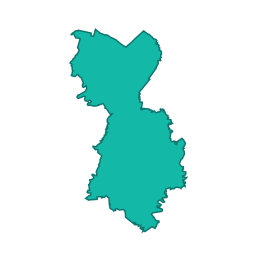 Chinampa de Gorostiza, Veracruz, Mexico, rotated 80°
{"feature_id": "50627088B51202553457733", "entity_name": "Chinampa de Gorostiza", "entity_type": "district", "adm_level": 2, "iso_a3": "MEX", "parent_name": "Mexico", "parent_adm1": "Veracruz", "projection": "robinson", "projection_center": [-97.667, 21.376], "detail": "fine", "context": "isolated", "style": "filled", "palette": "teal", "viewbox_px": 256, "rotation_deg": 80, "n_neighbors": 0, "source": "geoboundaries", "source_scale": "gbopen_adm2", "svg_char_len": 5859}
<svg xmlns="http://www.w3.org/2000/svg" viewBox="0 0 256 256"><g transform="rotate(80 128 128)"><path d="M207.0,154.5L206.0,154.2L206.3,155.1L205.5,153.8L205.5,152.9L207.3,150.5L207.4,147.5L207.8,146.3L208.5,145.8L209.6,145.5L212.6,145.4L214.8,145.9L215.7,145.6L222.6,139.5L222.0,139.2L222.4,138.8L222.7,138.5L223.4,138.8L224.2,138.0L222.6,137.4L222.7,137.1L224.5,137.6L225.0,134.6L226.5,134.9L226.1,132.2L229.0,133.4L230.3,131.9L228.7,131.3L228.8,129.7L232.4,131.4L231.9,130.6L232.9,129.3L229.3,121.4L231.5,118.9L229.5,117.1L227.2,115.9L226.7,115.4L226.4,114.1L225.9,113.7L224.9,113.8L224.5,115.4L223.5,117.0L220.9,117.7L217.2,119.9L216.3,119.2L215.8,117.5L216.0,109.6L215.6,108.7L214.6,108.3L213.9,108.4L212.5,110.7L211.7,110.7L211.5,111.1L211.8,112.5L210.9,113.2L209.8,113.0L209.8,112.4L210.6,111.2L210.4,109.5L209.3,108.7L207.0,111.3L205.7,111.5L205.1,111.0L204.6,108.9L207.1,106.6L207.4,106.0L207.1,104.8L206.0,105.5L204.9,105.5L204.0,106.3L203.8,107.1L203.2,106.9L202.7,105.6L203.0,104.5L203.0,102.8L203.3,102.2L203.0,101.7L202.5,101.9L201.9,101.1L201.4,101.4L201.3,102.4L200.8,102.4L200.8,101.9L200.4,101.8L198.7,101.9L199.0,103.0L198.7,103.5L196.8,102.7L197.0,101.3L195.2,101.5L194.6,100.9L193.9,96.9L195.9,97.0L195.3,94.4L195.8,94.0L195.8,93.3L194.8,91.5L194.9,89.7L196.0,86.8L196.8,86.3L195.8,85.6L194.6,82.9L195.5,81.9L194.6,81.8L192.7,82.8L192.2,82.6L192.7,81.9L192.5,81.2L191.3,81.0L190.7,83.0L189.1,83.2L188.8,83.0L189.6,82.2L188.4,81.6L187.9,80.5L188.1,80.1L186.9,78.9L186.9,79.8L186.1,80.8L185.9,82.6L185.1,82.7L184.7,82.6L184.2,79.7L183.7,79.2L183.1,79.3L181.6,78.6L181.2,79.0L180.8,80.5L179.4,82.1L178.9,81.9L178.5,81.0L177.8,81.2L177.1,80.9L177.2,80.4L175.8,80.3L175.0,82.2L172.9,83.3L171.5,83.3L168.0,81.1L167.7,79.9L163.5,77.0L160.9,76.7L158.1,77.7L157.8,76.3L156.4,76.8L155.5,75.6L153.0,74.1L149.1,75.5L147.6,76.7L148.3,78.5L148.8,78.9L149.1,80.3L150.2,82.0L152.7,83.0L152.0,84.2L150.9,84.6L150.3,83.4L149.7,83.2L148.8,85.2L149.2,87.0L148.5,87.7L147.6,88.1L145.9,87.7L145.2,88.8L143.2,87.6L142.0,87.5L141.3,86.9L140.5,87.4L139.4,87.3L139.9,86.1L139.4,85.8L139.5,84.9L139.2,84.7L138.7,84.7L137.7,85.7L137.3,87.1L136.7,87.4L136.6,88.1L136.3,88.2L135.8,87.1L135.3,87.3L135.2,87.9L133.6,88.2L132.7,87.6L132.0,88.1L131.4,87.1L130.5,87.0L130.5,86.6L131.1,86.1L131.6,86.0L131.7,85.6L131.6,84.6L130.6,84.8L130.9,83.6L129.6,84.3L127.3,84.4L126.0,87.5L124.6,86.3L124.4,86.9L123.8,87.0L122.9,86.5L121.3,88.4L118.6,88.9L118.3,90.2L117.8,90.5L117.9,89.7L116.9,89.3L115.5,90.3L115.4,92.0L114.9,92.6L115.2,93.1L116.4,92.4L116.9,93.4L117.6,93.8L117.4,95.8L117.8,96.1L118.0,97.0L117.2,98.3L115.8,99.0L115.9,100.0L116.4,100.4L116.3,102.1L115.4,101.2L114.8,101.3L113.9,103.3L114.0,103.7L113.3,103.7L112.8,104.4L112.0,107.4L112.0,109.2L111.6,108.9L111.4,109.9L112.1,110.1L111.8,110.6L112.4,110.8L112.3,111.3L111.5,111.0L111.2,111.5L111.5,112.0L110.9,112.1L110.9,111.7L110.0,111.0L105.1,109.4L104.4,112.0L101.7,111.1L101.4,112.1L100.0,111.2L99.3,112.1L98.9,111.8L98.9,111.1L96.9,111.5L96.7,110.3L96.3,110.1L94.8,110.9L83.8,98.1L83.1,99.2L73.9,89.8L73.1,89.8L70.3,87.4L69.5,86.9L67.1,87.1L66.8,86.0L67.3,84.4L67.1,84.0L64.8,84.4L64.3,83.1L63.3,83.4L61.9,83.1L61.3,82.3L58.8,81.9L57.5,82.4L56.9,83.7L56.5,83.8L56.1,83.3L54.5,82.9L54.1,83.5L53.2,83.6L53.1,83.9L52.6,83.8L52.0,83.1L51.6,83.3L50.5,85.0L50.5,84.4L49.3,84.1L49.6,84.9L49.1,85.7L48.7,85.2L47.4,85.0L46.9,84.5L45.6,85.2L44.4,87.7L42.7,88.3L42.3,89.0L39.5,90.9L39.4,91.5L37.1,94.0L35.1,95.7L41.4,105.6L44.0,109.3L48.0,116.2L44.5,120.0L38.8,124.9L35.8,129.2L32.8,132.4L32.3,134.1L32.5,134.6L29.6,139.1L25.2,142.9L30.1,145.2L31.5,146.0L31.6,146.5L30.9,148.3L28.1,147.9L23.1,160.0L23.5,160.4L23.3,162.5L23.6,163.7L24.2,164.2L25.1,166.5L26.1,167.6L26.3,166.8L25.5,166.0L25.4,165.3L30.2,163.8L30.8,161.5L31.7,159.6L40.2,163.7L41.6,162.9L43.5,162.8L44.1,163.2L47.3,166.1L47.2,166.9L49.3,168.1L50.0,169.0L50.1,169.8L51.6,170.9L53.4,173.5L54.2,173.7L55.4,172.1L56.8,173.1L58.0,172.4L60.9,172.8L62.0,172.0L62.6,172.9L64.6,173.5L66.5,174.7L67.9,172.1L67.9,170.9L66.5,168.8L67.0,167.9L68.5,167.2L70.7,165.2L75.1,164.3L75.8,164.2L77.7,165.4L79.5,165.6L80.3,164.8L79.6,163.0L79.0,162.2L79.7,161.7L82.0,161.9L84.0,163.2L84.7,164.4L86.8,170.0L86.8,171.3L88.4,172.8L88.9,172.8L90.0,172.1L90.1,171.6L89.8,168.9L89.2,166.9L89.2,165.2L89.6,164.8L90.6,164.9L92.4,165.8L93.8,165.3L94.7,162.7L94.2,161.0L94.8,159.8L95.5,159.5L96.5,160.6L96.3,162.5L96.6,163.2L97.6,163.9L98.7,163.5L99.0,161.3L100.6,157.5L100.7,154.2L100.4,153.6L100.5,152.9L100.0,152.8L100.0,150.4L99.5,148.2L103.5,146.6L104.2,147.3L105.4,145.8L111.5,143.0L111.3,141.3L112.9,143.0L113.4,144.5L115.9,146.9L118.4,147.4L120.4,146.2L120.8,146.7L120.8,147.5L122.2,148.0L123.3,148.9L123.8,148.7L123.3,148.2L123.5,147.9L124.5,147.9L125.2,148.6L125.0,149.7L125.3,150.1L126.3,149.9L127.5,150.4L128.1,149.7L129.0,149.7L128.8,150.6L129.1,151.1L130.3,151.2L130.8,150.9L131.2,151.2L131.0,152.5L133.1,153.4L134.0,155.2L134.5,155.3L134.5,154.5L135.3,154.6L136.0,157.6L136.5,157.2L136.3,156.5L136.5,156.3L137.3,156.4L139.3,160.7L140.7,162.4L140.9,163.0L139.9,165.6L140.7,165.7L143.7,163.9L143.8,162.2L144.2,161.8L144.8,161.4L146.5,162.0L147.3,161.8L149.8,159.2L151.1,158.8L154.1,160.9L157.0,161.6L159.1,163.2L160.8,163.3L162.7,165.0L165.7,166.9L168.9,166.7L169.3,167.2L169.3,168.0L167.6,170.4L167.5,171.4L168.2,171.6L169.9,170.5L171.5,170.6L172.3,171.8L172.4,174.7L172.6,174.9L174.3,174.1L175.1,174.9L176.9,175.7L176.9,176.5L182.7,176.6L182.4,178.1L182.9,178.7L184.2,179.4L184.7,179.2L185.8,176.0L187.1,176.2L187.6,176.6L188.1,178.7L190.0,181.9L192.2,179.3L192.0,179.1L192.9,170.8L190.4,170.4L191.0,166.0L192.1,166.2L192.4,165.9L191.4,164.7L192.2,163.9L192.1,163.3L190.9,161.2L193.9,158.9L199.8,159.6L200.1,159.3L199.8,158.1L200.6,159.4L201.3,159.7L204.1,159.5L206.4,156.7L206.6,155.7L207.1,156.1L207.0,154.5Z" fill="#14b8a6" stroke="#0f766e" stroke-width="1.5"/></g></svg>